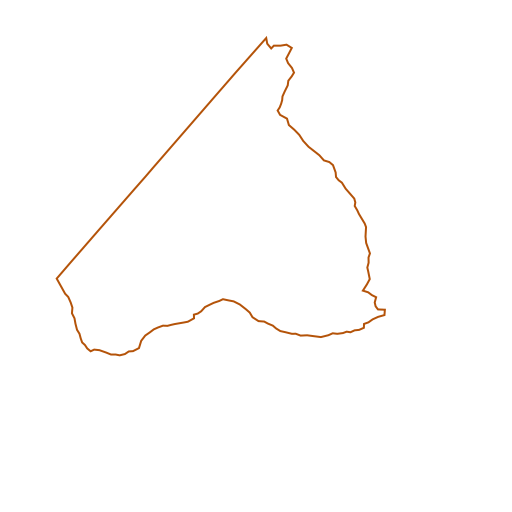 Cidade Ocidental, Goiás, Brazil (Mercator projection), rotated 311°
{"feature_id": "56859067B79829486223890", "entity_name": "Cidade Ocidental", "entity_type": "district", "adm_level": 2, "iso_a3": "BRA", "parent_name": "Brazil", "parent_adm1": "Goiás", "projection": "mercator", "projection_center": [-47.82, -16.154], "detail": "fine", "context": "isolated", "style": "outline", "palette": "amber", "viewbox_px": 512, "rotation_deg": 311, "n_neighbors": 0, "source": "geoboundaries", "source_scale": "gbopen_adm2", "svg_char_len": 1983}
<svg xmlns="http://www.w3.org/2000/svg" viewBox="0 0 512 512"><g transform="rotate(311 256 256)"><path d="M427.2,120.7L381.3,120.3L359.0,120.3L351.8,120.3L264.6,120.4L255.0,120.4L243.1,120.5L227.3,120.4L171.8,120.3L164.0,120.3L143.0,120.3L131.8,120.3L127.1,120.3L108.2,120.4L102.3,136.7L101.9,141.2L99.3,146.7L96.6,151.3L92.0,154.7L89.9,159.9L86.5,164.1L82.9,169.3L81.5,173.8L78.8,177.8L76.7,181.5L76.6,185.3L75.5,189.3L75.6,193.7L79.2,195.3L82.2,199.6L84.8,206.2L86.5,211.2L89.5,214.6L91.6,218.3L96.0,221.4L100.5,222.6L103.5,225.6L109.7,228.1L116.7,225.0L123.3,224.6L128.8,226.0L133.6,227.0L137.7,228.9L142.4,231.5L145.2,235.0L148.3,237.1L151.3,239.3L158.4,245.1L161.7,247.7L168.3,250.1L171.0,247.6L174.3,249.8L178.3,250.9L184.0,251.0L189.0,253.1L192.9,254.8L198.0,257.8L201.7,259.4L204.6,264.6L207.1,268.9L208.8,275.6L209.2,283.3L209.2,288.4L207.5,293.5L208.5,300.6L211.9,305.2L212.8,309.3L214.5,314.4L214.5,318.7L215.3,323.6L217.8,328.2L220.8,334.1L223.4,337.0L225.2,341.9L229.7,346.6L233.2,351.9L237.4,358.2L243.7,362.6L248.0,364.6L250.6,368.4L254.9,372.2L258.4,374.1L260.4,377.3L264.6,379.2L267.9,382.3L272.6,384.5L275.6,382.1L279.7,384.4L284.7,385.6L290.2,388.1L295.7,391.7L300.0,388.5L295.7,383.1L296.5,379.3L298.8,376.1L303.7,373.7L302.5,369.1L302.2,364.5L300.0,359.4L307.5,358.3L313.2,357.0L317.9,350.9L320.3,347.6L324.8,345.4L328.7,341.9L332.7,340.3L338.1,330.6L342.5,325.9L350.0,320.1L351.8,316.8L353.6,311.2L355.3,306.0L356.9,302.5L358.5,297.7L361.6,295.8L363.8,292.5L365.6,279.5L367.7,272.7L367.4,268.7L368.1,264.6L371.3,261.3L375.1,254.5L375.0,249.7L372.7,244.5L373.6,237.7L372.9,224.0L373.8,216.2L375.8,209.2L376.4,202.2L376.4,194.9L380.0,189.3L378.3,181.6L380.0,176.9L383.7,176.4L387.4,175.1L390.8,173.5L393.8,171.3L399.1,169.7L405.6,168.0L409.5,165.4L415.0,165.1L419.3,164.4L421.5,159.8L422.6,153.7L424.8,149.3L429.9,148.1L436.5,146.5L435.5,140.4L430.8,136.5L426.5,131.5L422.6,131.3L423.6,125.2L427.2,120.7Z" fill="none" stroke="#b45309" stroke-width="2"/></g></svg>